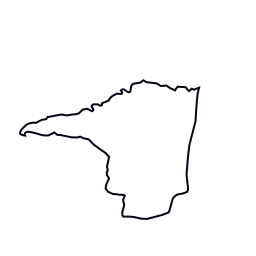 Gadzi, Mambéré-Kadéï, Central African Republic (Robinson projection), rotated 126°
{"feature_id": "33826404B47432472160828", "entity_name": "Gadzi", "entity_type": "district", "adm_level": 2, "iso_a3": "CAF", "parent_name": "Central African Republic", "parent_adm1": "Mambéré-Kadéï", "projection": "robinson", "projection_center": [16.692, 4.858], "detail": "fine", "context": "isolated", "style": "outline", "palette": "ink", "viewbox_px": 256, "rotation_deg": 126, "n_neighbors": 0, "source": "geoboundaries", "source_scale": "gbopen_adm2", "svg_char_len": 2102}
<svg xmlns="http://www.w3.org/2000/svg" viewBox="0 0 256 256"><g transform="rotate(126 128 128)"><path d="M166.2,199.4L169.0,199.5L172.0,202.5L178.2,205.7L179.3,207.8L181.9,210.2L184.9,212.1L188.1,212.7L191.5,213.2L193.9,213.0L195.2,212.7L196.1,211.7L196.1,211.0L195.8,209.5L195.3,208.2L194.6,206.8L194.1,207.7L192.5,208.4L190.0,207.0L188.6,204.6L186.8,200.3L184.0,192.6L181.0,188.2L177.6,186.3L174.9,184.9L175.1,181.1L173.4,178.6L168.8,168.3L165.5,163.5L163.1,161.6L162.3,157.6L160.3,153.2L161.6,145.7L161.6,138.3L161.5,134.9L161.4,131.7L162.4,126.5L164.7,125.3L168.5,123.6L172.0,122.1L172.6,120.9L174.4,119.4L176.4,119.1L178.4,117.4L180.0,113.6L182.4,113.2L186.7,112.3L190.1,110.6L191.3,106.6L190.6,103.1L190.1,101.2L188.5,98.6L187.2,96.1L185.9,94.1L184.5,91.7L184.7,90.8L186.9,90.3L188.9,89.8L190.2,88.7L191.4,86.8L193.1,85.5L194.3,85.1L199.7,83.1L202.1,80.9L202.4,79.6L201.0,77.7L199.0,75.0L196.5,70.8L193.9,64.6L190.5,59.3L178.3,49.3L172.9,45.7L170.8,45.8L162.2,49.0L158.6,50.3L156.1,50.1L152.8,49.0L149.1,45.4L145.3,42.8L142.9,43.0L140.5,44.9L131.2,53.3L117.9,61.4L105.8,68.3L83.0,77.3L66.6,87.6L58.6,92.2L53.6,94.2L56.5,96.1L58.2,97.0L58.4,98.7L58.8,99.6L60.4,99.9L61.7,100.1L62.3,100.3L62.3,100.7L61.9,102.0L61.8,103.2L61.1,105.2L62.0,106.8L65.4,112.0L67.2,112.2L68.6,112.1L69.8,112.0L70.9,116.7L71.1,121.9L74.7,126.1L75.1,131.1L80.0,139.9L80.4,143.6L84.1,144.7L86.4,147.1L89.3,149.9L92.1,150.1L94.0,149.1L95.6,148.4L96.3,147.9L97.9,147.7L98.7,148.4L99.0,149.0L99.2,153.9L99.9,155.2L101.4,155.8L101.9,155.8L102.5,154.1L102.9,153.6L103.5,153.0L104.7,153.8L105.8,155.7L106.9,157.2L108.1,157.8L110.1,158.9L111.5,159.4L112.5,159.8L113.7,160.0L116.3,160.0L117.2,159.7L123.1,163.5L123.7,163.3L124.1,162.8L124.9,162.6L125.2,162.6L126.3,163.7L126.3,164.6L126.7,166.5L129.2,169.9L130.6,170.3L131.1,170.4L131.9,170.2L132.2,169.7L132.4,168.9L132.9,167.9L133.4,166.9L133.6,166.7L134.2,166.5L134.6,166.6L135.7,167.1L135.7,167.6L136.0,170.0L136.6,172.5L139.8,175.5L144.8,176.3L147.6,178.3L149.3,180.5L153.9,185.1L156.3,189.9L164.4,197.5L166.2,199.4Z" fill="none" stroke="#020617" stroke-width="2"/></g></svg>